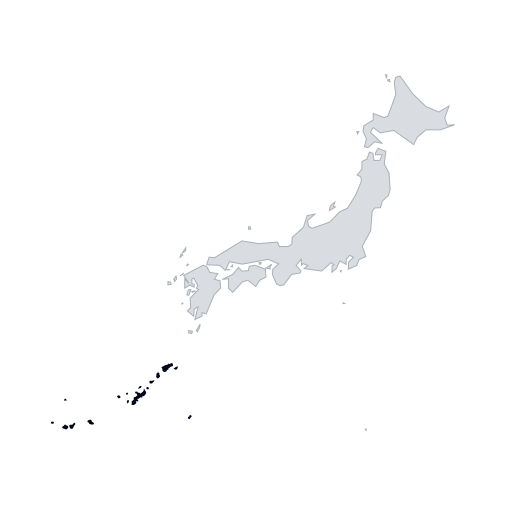 Okinawa on a map of Japan (Robinson projection), rotated 9°
{"feature_id": "JPN-3502", "entity_name": "Okinawa", "entity_type": "Prefecture", "adm_level": 1, "iso_a3": "JPN", "parent_name": "Japan", "parent_adm1": "", "projection": "robinson", "projection_center": [127.452, 26.383], "detail": "fine", "context": "in_parent", "style": "filled", "palette": "ink", "viewbox_px": 512, "rotation_deg": 9, "n_neighbors": 0, "source": "natural_earth", "source_scale": "10m", "svg_char_len": 9353}
<svg xmlns="http://www.w3.org/2000/svg" viewBox="0 0 512 512"><g transform="rotate(9 256 256)"><path d="M359.8,130.5L367.9,132.4L368.3,145.2L374.4,153.2L378.1,169.5L377.3,175.4L372.2,182.0L371.3,188.8L365.8,190.0L363.7,193.6L365.3,213.1L359.4,229.8L364.6,239.3L358.3,243.4L357.0,249.6L349.1,254.6L348.5,247.4L352.5,242.0L348.4,240.6L345.7,245.3L346.3,250.2L339.5,247.7L337.2,256.0L333.5,260.2L332.7,253.5L334.2,252.5L331.3,250.6L323.2,260.6L305.5,260.9L308.7,257.3L303.8,256.1L302.4,258.0L301.1,252.0L297.1,259.1L302.7,263.7L302.3,265.8L294.1,268.6L287.9,280.2L284.4,281.6L280.6,280.4L275.2,271.8L274.6,266.5L279.5,260.2L268.7,257.4L243.7,266.2L230.6,265.8L228.1,275.0L221.6,270.9L208.6,272.4L209.9,264.5L215.4,264.1L239.8,243.3L256.5,243.4L275.1,238.9L277.6,243.1L286.6,241.5L289.5,238.5L288.9,231.9L298.4,220.1L300.2,208.1L307.6,205.4L301.3,213.0L303.3,218.3L306.9,219.9L323.4,211.1L331.7,199.3L338.9,194.5L345.0,179.8L348.4,165.8L347.2,161.4L343.2,160.2L347.0,153.8L345.9,146.1L350.5,142.9L351.7,135.7L355.4,136.3L357.7,143.2L363.3,142.2L364.9,136.1L358.1,137.4L358.0,135.2L359.8,130.5ZM400.3,81.7L414.0,85.2L423.2,77.7L420.8,90.2L424.4,96.9L431.7,95.3L418.5,102.5L404.2,104.8L396.7,113.4L394.3,121.3L372.5,110.4L359.6,114.9L351.7,110.8L349.6,115.8L362.7,124.9L355.2,124.7L349.7,131.4L346.1,131.1L346.7,122.9L342.2,116.1L342.2,110.4L350.5,103.4L349.5,96.9L360.9,99.2L364.4,97.3L368.8,74.8L365.3,62.3L366.2,57.7L370.1,55.7L385.4,71.3L400.3,81.7ZM212.8,279.4L221.0,279.4L218.6,285.6L224.3,286.0L226.1,293.1L220.7,300.9L215.8,321.0L211.6,320.4L212.1,323.8L205.5,328.4L206.8,315.3L203.3,318.0L203.9,325.3L196.8,320.9L199.6,317.3L197.5,308.0L204.5,298.0L202.2,297.3L203.0,294.0L198.0,287.5L196.3,288.8L197.1,293.6L199.5,293.6L199.7,296.5L195.1,295.2L190.6,298.9L189.2,289.7L194.1,293.6L187.6,286.4L205.4,273.3L209.2,274.3L212.8,279.4ZM256.4,265.3L267.4,267.6L269.1,275.3L263.5,279.3L260.5,286.2L251.7,281.2L246.3,284.0L238.8,295.5L233.9,292.4L232.4,282.7L226.4,284.4L236.0,277.8L240.5,270.1L244.6,273.2L250.8,271.6L251.0,267.3L256.4,265.3ZM166.9,410.9L160.5,414.9L159.5,420.4L157.1,421.5L161.2,410.2L164.3,410.6L166.8,406.6L166.9,410.9ZM326.7,195.2L321.4,199.6L321.6,194.9L325.4,190.4L324.8,195.0L326.7,195.2ZM189.9,375.6L184.7,383.0L181.4,380.7L189.9,375.6ZM195.7,305.4L193.7,305.1L194.5,299.9L197.0,299.5L195.7,305.4ZM272.0,266.5L267.8,266.3L273.0,261.6L271.5,264.4L272.0,266.5ZM204.6,342.6L201.8,342.6L200.9,340.3L205.0,340.2L204.6,342.6ZM185.7,261.7L182.5,264.9L185.3,258.9L185.7,261.7ZM210.0,340.1L208.6,339.2L211.5,331.9L211.5,335.4L210.0,340.1ZM173.1,294.9L175.8,295.3L176.7,297.4L173.5,298.3L173.1,294.9ZM183.6,266.5L181.2,269.2L181.7,265.8L183.6,266.5ZM95.8,455.8L92.4,455.7L92.4,455.1L93.9,453.3L95.8,455.8ZM246.6,230.3L244.5,230.8L244.0,228.6L245.3,227.7L246.6,230.3ZM179.6,293.9L178.3,291.7L180.1,288.3L181.3,291.0L179.6,293.9ZM102.4,451.4L101.4,454.4L99.8,454.5L99.0,452.9L102.4,451.4ZM178.8,390.7L177.2,390.6L177.3,387.4L178.0,387.1L178.8,390.7ZM361.0,62.9L358.7,62.3L358.5,61.3L360.2,60.9L361.0,62.9ZM201.7,300.0L199.0,301.8L198.2,301.0L201.7,300.0ZM337.3,119.5L336.1,117.5L338.0,116.9L337.3,119.5ZM229.1,274.3L230.7,273.6L232.8,273.6L229.1,274.3ZM357.0,56.8L356.9,60.2L355.7,56.5L357.0,56.8ZM186.4,285.5L184.2,287.5L187.4,284.0L186.4,285.5ZM121.1,447.1L118.3,447.3L118.5,444.6L119.4,445.9L121.1,447.1ZM190.6,275.1L189.0,276.8L189.7,274.6L190.6,275.1ZM262.3,261.8L261.2,263.9L260.0,262.1L262.3,261.8ZM182.9,382.1L182.5,383.5L181.9,381.8L182.9,382.1ZM342.6,257.2L342.2,258.9L341.8,257.2L342.6,257.2ZM191.2,314.6L189.8,315.1L191.0,313.8L191.2,314.6ZM234.3,268.6L234.4,270.5L233.0,270.3L234.3,268.6ZM350.9,289.1L349.4,289.4L349.4,288.5L350.9,289.1ZM391.9,409.8L392.1,411.6L391.1,409.6L391.9,409.8Z" fill="#d9dde1" stroke="#a8b0b8" stroke-width="1"/><path d="M168.1,408.2L168.0,408.4L168.0,408.5L168.1,408.8L167.9,409.2L167.7,409.6L167.7,410.0L167.0,410.9L166.6,411.3L166.2,411.4L165.5,411.5L165.3,411.6L165.0,411.9L164.8,412.3L165.0,412.4L165.0,412.6L165.0,412.8L164.9,412.8L164.4,413.0L164.2,413.0L163.8,413.0L163.6,412.9L163.3,413.3L162.4,414.2L162.2,414.4L161.9,414.5L161.7,414.8L160.6,414.8L160.4,414.9L160.1,415.2L160.1,415.4L160.5,415.6L160.6,415.8L160.6,416.4L160.7,416.6L160.9,416.9L161.2,417.2L161.4,417.4L161.1,417.5L160.4,417.2L160.1,417.2L159.9,417.3L159.1,418.9L159.0,419.2L158.9,419.5L159.1,419.8L159.3,419.8L159.6,419.7L159.8,419.7L159.7,420.1L159.4,420.6L159.1,421.0L158.7,420.9L158.5,421.1L158.2,421.6L157.1,421.7L157.1,421.0L156.8,419.7L156.8,419.2L157.2,419.3L157.5,418.9L157.7,418.4L157.8,418.1L158.1,418.1L158.3,417.8L158.5,417.2L158.5,416.8L158.2,416.0L158.2,415.6L158.2,415.1L158.3,415.0L158.6,414.9L159.1,414.9L159.3,414.9L159.5,414.8L159.6,414.6L159.9,414.0L160.5,413.7L161.1,413.5L161.7,413.2L162.0,412.6L162.1,412.3L162.0,412.0L161.7,411.9L161.0,411.8L160.8,411.5L160.8,410.9L160.7,410.3L160.7,410.1L162.1,410.1L162.5,410.2L162.7,410.4L162.7,410.6L162.5,410.9L162.6,411.2L162.8,411.3L163.6,411.1L164.5,410.5L164.4,410.2L164.5,410.0L165.1,409.4L165.3,409.0L165.5,408.9L165.7,408.5L166.3,408.1L166.5,407.9L166.5,407.5L166.8,406.9L166.8,406.5L168.0,407.9L168.1,408.2ZM190.2,376.7L190.4,377.0L190.3,377.3L189.9,377.3L189.7,377.5L189.1,377.8L188.7,377.9L188.6,378.2L188.1,378.4L187.7,379.2L187.4,379.4L186.8,380.0L186.6,380.1L186.2,379.9L186.1,380.2L186.0,380.4L185.9,380.5L185.5,380.7L186.1,381.2L186.3,381.4L185.5,381.9L185.3,381.9L185.3,382.3L185.0,382.4L184.8,382.3L184.4,382.4L184.7,382.5L184.8,382.8L184.9,383.1L184.7,383.1L184.2,382.6L183.4,382.1L183.3,381.8L183.3,381.3L183.1,381.1L182.9,381.4L182.7,381.4L182.1,381.1L181.3,380.9L181.1,380.7L181.4,380.5L181.5,380.5L182.1,380.4L182.7,380.6L183.1,380.6L183.4,380.1L182.9,380.1L182.6,379.9L182.4,379.7L183.0,379.2L183.4,379.1L183.5,379.1L183.9,378.8L184.1,378.5L184.5,378.5L184.9,378.5L185.2,378.4L185.4,378.0L185.7,378.1L186.0,378.0L186.3,377.8L186.4,377.5L186.5,377.7L187.1,378.0L187.4,377.3L187.8,376.9L188.8,376.3L188.6,377.0L188.9,377.2L189.1,377.1L189.3,376.9L189.6,376.3L189.5,375.9L189.8,375.8L190.0,376.1L190.2,376.7ZM94.6,453.7L94.9,453.6L95.5,453.7L96.1,453.9L96.5,454.2L96.6,454.7L96.2,455.3L95.5,456.2L95.2,456.3L93.5,455.8L92.4,455.7L92.2,455.5L92.4,455.0L92.7,455.1L92.8,454.9L93.2,455.2L93.4,455.1L93.5,454.9L93.6,454.2L93.9,453.2L94.0,453.2L94.1,453.3L94.6,453.7ZM178.6,389.0L179.2,389.5L179.3,389.7L179.2,390.0L178.8,390.6L178.6,391.0L178.4,391.2L178.2,391.4L178.0,391.5L177.7,391.4L177.5,391.1L177.5,390.7L177.1,390.6L177.0,390.3L177.2,389.8L176.8,388.8L177.0,388.2L177.1,387.5L177.2,387.4L177.9,387.1L178.2,387.4L178.4,388.5L178.6,389.0ZM103.0,450.1L103.0,450.3L102.9,450.5L102.7,451.0L102.1,451.9L101.9,452.7L101.7,453.5L101.5,454.2L101.1,454.7L100.5,454.8L99.9,454.7L99.6,454.3L99.9,453.8L99.8,453.7L99.6,453.3L99.1,453.1L98.9,453.0L98.9,452.9L99.2,452.8L99.5,452.3L99.7,452.2L99.8,452.3L99.8,452.5L100.2,452.8L100.3,452.8L100.7,452.8L100.9,452.8L101.1,452.7L101.2,452.4L101.4,452.1L101.5,451.8L101.8,451.6L102.0,451.5L102.5,450.3L102.7,450.0L102.9,450.0L103.0,450.1ZM120.2,446.3L120.5,446.4L120.9,446.6L121.2,446.8L121.3,447.0L121.1,447.2L120.8,447.3L120.2,447.4L118.8,447.4L118.1,447.2L118.1,446.9L118.2,446.7L118.4,445.6L118.4,444.9L118.3,444.7L118.2,444.4L118.4,444.4L118.6,444.5L118.8,444.9L119.2,445.7L119.7,446.3L119.9,446.4L120.2,446.3ZM174.0,395.8L173.9,396.1L173.5,396.4L173.3,396.6L173.0,397.1L172.9,397.3L172.7,397.2L172.6,397.5L172.4,397.5L172.2,397.5L171.7,397.7L171.3,397.5L171.2,397.3L171.2,396.8L171.3,396.5L171.7,396.4L172.4,396.5L172.7,396.5L172.9,396.3L173.2,396.1L174.0,395.8ZM183.6,383.2L184.0,383.1L184.4,383.4L184.4,383.8L184.0,384.0L183.7,383.6L183.5,383.8L183.3,384.0L183.0,383.6L182.8,383.5L182.5,383.6L182.4,383.6L182.3,383.4L182.2,382.8L181.8,382.1L181.7,381.8L181.9,381.7L182.4,381.7L182.3,382.1L182.5,382.2L183.1,382.1L182.8,382.6L183.0,382.9L183.6,383.2ZM143.4,416.6L143.4,416.8L143.4,417.0L143.1,417.4L143.2,417.5L142.8,417.3L142.6,417.0L142.3,416.8L142.0,416.7L141.7,416.6L141.6,416.3L141.7,416.1L142.0,416.0L142.5,415.9L142.8,415.9L143.0,416.1L143.3,416.3L143.4,416.6ZM195.4,378.4L195.4,378.7L195.2,379.2L195.0,379.6L194.8,379.9L194.5,380.1L194.2,380.1L193.5,379.8L194.5,378.9L195.2,378.5L195.4,378.4ZM117.2,445.1L117.4,445.3L117.5,445.7L117.3,445.9L116.7,446.0L116.4,445.9L116.2,445.7L116.2,445.4L116.5,445.3L116.6,445.0L116.8,444.9L117.2,445.1ZM215.5,425.6L215.9,426.0L215.7,426.2L215.5,426.7L215.3,426.7L214.8,426.5L214.8,426.3L215.0,426.0L215.2,425.7L215.4,425.6L215.5,425.6ZM81.4,452.2L81.6,452.2L81.6,452.4L81.5,452.7L81.3,452.8L81.1,452.7L80.5,452.8L80.3,452.7L80.4,452.3L80.6,452.2L80.8,452.2L81.4,452.2ZM170.0,403.5L170.0,403.8L169.9,404.0L169.7,404.0L169.3,403.8L169.1,403.6L169.1,403.4L169.3,403.4L169.4,403.2L169.6,403.1L169.9,403.2L170.0,403.3L170.0,403.5ZM162.6,402.6L162.6,403.1L162.3,403.6L161.9,404.0L161.5,404.2L161.6,403.9L162.5,402.9L162.6,402.6ZM159.6,409.4L159.6,409.9L159.2,410.0L158.8,409.8L158.7,409.5L158.9,409.4L159.4,409.4L159.6,409.4ZM152.5,419.2L152.5,419.4L152.3,420.2L152.2,420.4L152.0,420.1L152.0,419.8L152.1,419.4L152.2,419.1L152.4,419.1L152.5,419.2ZM216.1,424.2L216.3,424.2L216.6,424.3L216.7,424.5L216.4,424.7L216.1,424.4L216.1,424.2ZM150.1,412.0L150.3,411.9L150.4,412.0L150.3,412.3L150.0,412.4L149.9,412.3L150.0,412.1L150.1,412.0ZM90.4,427.8L90.1,427.8L89.9,427.9L89.9,427.7L90.2,427.6L90.3,427.6L90.4,427.8Z" fill="#0f172a" stroke="#020617" stroke-width="1.5"/></g></svg>